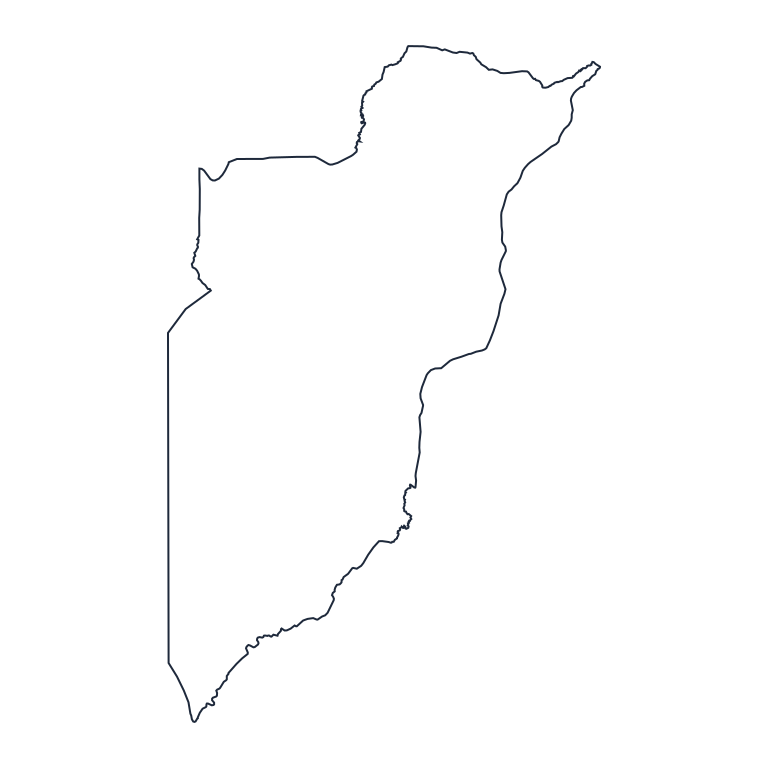 Chi Kraeng, Siemréab, Cambodia (Albers equal-area conic projection)
{"feature_id": "14789045B44896386917879", "entity_name": "Chi Kraeng", "entity_type": "district", "adm_level": 2, "iso_a3": "KHM", "parent_name": "Cambodia", "parent_adm1": "Siemréab", "projection": "albers", "projection_center": [104.442, 13.166], "detail": "fine", "context": "isolated", "style": "outline", "palette": "slate", "viewbox_px": 768, "rotation_deg": 0, "n_neighbors": 0, "source": "geoboundaries", "source_scale": "gbopen_adm2", "svg_char_len": 5996}
<svg xmlns="http://www.w3.org/2000/svg" viewBox="0 0 768 768"><path d="M498.6,315.4L500.6,303.8L504.4,293.8L505.5,289.2L499.6,271.5L499.5,269.4L500.6,262.7L501.5,260.0L505.8,251.3L505.9,250.3L505.2,246.6L502.4,242.6L501.9,239.8L502.3,232.2L501.5,226.3L501.2,215.3L501.5,212.2L503.7,205.6L506.8,194.4L508.6,191.7L511.5,189.5L514.1,186.3L517.5,183.1L520.4,177.7L522.8,170.8L524.9,167.7L528.1,164.1L530.6,161.9L542.1,154.0L551.4,146.6L556.0,144.2L558.2,142.1L558.7,141.2L559.6,137.3L561.4,133.7L564.3,129.0L568.7,125.0L571.2,120.7L571.7,117.8L571.7,114.3L572.8,110.2L570.9,100.6L571.1,98.6L571.8,96.7L574.0,93.0L576.5,90.3L580.8,87.0L581.9,87.0L584.3,85.8L584.2,83.6L585.2,81.8L587.3,80.4L589.2,80.2L590.0,78.7L592.3,76.1L595.2,74.3L596.3,70.9L597.5,69.9L597.7,69.1L599.0,68.6L599.9,67.7L600.0,66.7L595.6,64.0L593.7,62.1L592.4,61.9L592.0,63.0L591.3,63.8L591.4,64.8L590.0,65.6L589.0,65.4L587.2,65.9L587.2,66.6L585.6,68.2L583.1,68.1L582.3,69.3L581.9,69.6L581.5,69.2L580.7,69.9L581.2,70.4L580.4,71.2L579.1,70.6L578.4,72.0L576.0,73.6L574.0,76.2L573.6,75.9L573.0,76.1L572.8,77.3L572.2,77.8L567.6,78.1L563.8,79.8L562.2,81.1L560.8,81.2L557.9,82.2L557.2,81.9L554.4,82.8L553.8,83.7L551.6,84.7L550.5,85.9L549.6,85.9L548.4,87.0L545.6,87.7L543.4,87.6L542.8,87.5L542.2,86.8L542.3,85.5L540.0,81.8L538.8,80.9L535.9,80.1L535.1,78.8L534.0,79.0L533.0,78.3L528.5,72.3L527.1,71.4L522.0,71.2L509.4,72.9L503.8,73.2L500.5,72.9L497.3,70.9L492.6,69.4L488.8,69.8L486.1,67.2L481.3,64.3L480.3,62.6L476.5,59.2L475.7,56.8L473.9,55.2L473.3,53.5L472.3,53.0L470.0,53.6L467.5,52.6L459.6,51.8L456.6,53.0L452.9,52.5L444.8,49.4L442.2,50.3L436.6,47.8L431.5,47.6L423.5,46.3L408.3,46.1L407.5,47.2L406.3,51.5L404.5,53.3L402.9,56.9L401.4,57.9L400.7,59.0L401.0,59.7L400.5,60.8L397.9,62.2L398.1,62.7L397.5,63.4L395.2,64.3L392.4,65.1L391.4,64.6L388.9,65.3L387.7,66.6L384.7,67.1L383.6,72.0L382.5,74.6L381.9,79.0L378.6,81.7L376.4,82.4L375.6,83.8L374.3,84.6L374.0,86.0L372.4,86.4L371.9,87.0L371.9,88.7L366.4,91.3L366.4,92.5L365.4,93.3L365.2,94.5L364.5,94.7L363.5,95.6L362.1,101.0L363.1,101.7L362.0,102.8L362.2,105.6L361.4,106.8L362.5,107.9L361.1,108.7L360.8,109.3L361.3,110.5L360.5,111.0L360.9,112.7L361.6,113.2L361.9,114.1L361.0,114.7L360.9,115.4L361.8,115.4L362.8,114.9L363.2,115.9L362.8,116.5L362.0,116.8L361.8,117.4L362.0,117.8L362.8,117.7L364.0,119.3L363.6,121.1L362.9,121.7L361.3,122.0L361.2,122.7L361.8,123.3L364.3,122.4L365.1,122.7L365.2,123.4L364.6,124.9L361.4,128.8L361.0,131.9L359.2,132.9L359.9,134.4L358.5,134.9L358.2,135.4L359.9,137.9L359.8,138.8L358.4,140.3L359.8,141.4L358.4,141.2L356.9,142.1L356.7,143.1L357.3,144.1L355.4,147.6L356.3,148.1L356.9,149.5L356.5,151.7L353.0,154.8L351.0,156.1L337.6,162.9L332.3,164.5L330.1,164.6L328.5,164.1L317.6,157.9L314.9,156.8L295.8,156.9L269.7,157.6L263.1,158.9L236.9,159.0L228.8,162.2L228.4,164.0L225.2,170.5L222.4,174.9L218.9,178.6L214.9,180.5L212.7,180.4L210.4,179.1L204.1,170.6L201.8,168.9L199.4,168.6L199.4,179.4L199.8,189.0L199.7,209.8L199.2,217.9L199.3,235.5L197.2,239.3L198.5,239.9L198.3,242.8L197.3,244.3L197.2,245.1L198.0,246.9L197.8,247.8L197.2,248.3L195.7,251.5L194.3,252.8L195.3,255.9L194.0,257.2L193.6,258.1L194.0,259.8L193.5,261.7L191.8,264.0L192.6,267.3L195.4,268.7L197.1,270.7L198.9,274.4L199.0,276.0L198.5,278.7L199.6,279.3L200.9,280.7L202.5,283.0L205.2,285.0L207.8,288.9L209.9,289.1L210.8,290.6L185.7,309.0L168.0,332.9L168.6,663.0L177.0,676.6L183.8,690.5L188.5,702.3L190.4,713.7L191.2,715.5L191.9,719.3L193.2,721.5L194.5,721.9L195.6,721.4L197.1,718.8L197.8,718.3L197.7,717.6L199.8,712.8L202.6,708.7L205.8,707.1L206.3,706.5L206.5,704.2L206.9,703.5L207.9,703.5L211.8,705.3L213.5,705.0L214.1,704.4L214.1,702.6L212.1,700.3L212.1,698.7L212.9,697.7L216.2,696.5L216.9,695.7L217.1,693.0L216.3,690.6L217.2,689.6L219.4,688.6L220.2,687.7L223.8,681.8L226.2,680.2L226.8,679.3L226.8,676.0L228.5,673.8L228.4,673.2L228.8,672.6L236.4,664.0L242.1,658.4L247.7,653.9L247.8,652.5L246.0,648.3L246.4,647.1L247.6,645.6L248.5,645.0L250.1,645.5L253.4,647.3L254.7,647.1L258.0,644.5L258.5,643.3L258.3,642.1L257.0,640.2L257.1,638.9L257.7,637.7L258.4,637.4L259.7,637.1L262.2,637.6L263.3,637.1L263.9,635.7L264.9,635.5L267.5,635.9L268.2,635.5L269.1,635.5L270.6,636.5L271.5,636.6L273.4,634.7L277.5,635.7L278.0,634.0L280.9,630.8L281.0,629.1L281.6,628.5L284.6,630.5L286.8,630.4L290.7,628.6L294.6,625.5L296.1,626.3L296.9,626.2L303.0,620.6L304.5,620.0L307.6,618.9L313.2,618.1L316.5,619.5L317.6,619.6L322.1,616.5L325.2,615.3L327.6,612.8L333.7,600.2L333.9,598.7L333.1,596.7L332.0,595.2L332.8,592.9L334.7,591.4L334.6,589.9L335.3,587.5L336.9,584.8L339.6,584.4L340.8,583.3L341.5,582.4L341.6,580.1L342.5,579.6L343.7,577.0L348.1,573.8L352.2,568.3L353.1,567.9L356.8,568.7L361.2,565.8L363.3,563.1L368.2,554.7L373.4,547.4L379.0,541.2L382.1,541.1L388.6,542.0L390.8,542.7L391.6,542.6L392.2,541.8L393.7,541.8L394.9,539.8L397.0,538.4L397.0,537.7L398.2,535.5L398.6,534.0L398.5,533.4L397.6,533.1L397.9,532.2L397.7,531.7L397.9,531.1L399.7,530.4L400.1,529.7L399.8,528.2L401.6,527.2L401.7,526.7L403.1,528.0L403.6,527.9L403.5,526.6L404.1,525.7L405.3,526.8L405.7,528.6L406.4,528.8L408.3,527.8L408.6,526.3L407.7,525.4L408.2,524.6L407.9,523.3L409.0,522.8L408.6,521.6L409.2,520.7L409.9,520.9L410.5,519.7L411.3,519.0L410.4,517.5L411.2,516.1L408.7,514.0L407.5,514.2L406.5,512.9L406.0,511.6L404.7,511.4L404.2,511.0L404.2,509.2L403.5,508.0L404.6,505.3L404.3,503.7L405.2,502.4L404.5,500.8L405.0,499.7L404.3,499.3L403.8,497.3L404.5,495.4L405.1,495.1L405.3,492.9L405.8,492.6L405.3,492.1L405.5,490.9L408.1,488.4L410.0,488.1L410.5,487.7L409.9,485.4L410.1,484.7L410.6,484.7L414.3,487.5L415.3,487.6L415.5,487.1L416.1,480.6L415.5,476.0L415.8,473.0L419.7,452.5L419.3,447.8L419.5,442.0L420.6,431.9L419.4,417.3L420.1,415.1L421.5,412.9L423.0,406.0L423.1,405.0L420.6,398.3L420.3,393.9L422.0,387.1L426.6,375.1L427.8,373.3L430.9,370.1L435.1,368.5L441.2,368.2L450.0,360.8L453.1,359.3L461.5,356.7L468.9,354.0L470.8,353.8L476.2,351.7L482.0,350.5L484.7,349.4L486.3,348.2L489.9,340.4L493.5,331.1L498.6,315.4Z" fill="none" stroke="#1e293b" stroke-width="2"/></svg>